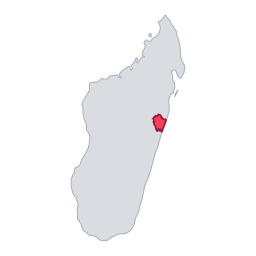 Brickaville, Atsinanana, Madagascar (highlighted)
{"feature_id": "10022922B71585303896889", "entity_name": "Brickaville", "entity_type": "district", "adm_level": 2, "iso_a3": "MDG", "parent_name": "Madagascar", "parent_adm1": "Atsinanana", "projection": "mercator", "projection_center": [48.731, -18.667], "detail": "fine", "context": "in_parent", "style": "filled", "palette": "rose", "viewbox_px": 256, "rotation_deg": 0, "n_neighbors": 0, "source": "geoboundaries", "source_scale": "gbopen_adm2", "svg_char_len": 6092}
<svg xmlns="http://www.w3.org/2000/svg" viewBox="0 0 256 256"><path d="M170.1,21.0L170.8,22.7L171.6,24.4L174.3,28.3L175.4,29.8L176.3,31.4L176.8,34.6L178.5,39.6L180.1,47.1L180.6,54.8L181.0,58.3L182.3,61.7L184.3,65.1L184.9,69.0L183.7,73.0L181.9,76.7L181.5,77.4L180.6,78.4L180.2,78.4L178.8,77.4L177.7,75.8L176.2,72.1L175.6,70.2L175.0,69.9L173.3,70.1L172.0,71.2L171.8,72.0L172.1,74.1L172.6,76.0L172.8,77.9L172.8,80.3L173.3,81.1L174.0,81.7L174.7,83.3L174.8,87.1L174.4,89.0L173.1,90.6L173.2,91.5L173.7,92.5L173.2,93.0L171.6,93.7L171.0,94.4L170.1,96.0L168.7,99.5L168.5,101.2L169.4,106.6L169.1,110.3L167.3,117.6L166.2,121.1L164.8,125.2L162.5,130.6L160.3,137.5L158.4,144.6L157.0,148.8L155.4,153.0L153.2,160.5L151.3,168.1L148.6,176.5L144.8,185.8L144.4,187.1L143.6,191.9L142.7,196.0L141.7,200.2L139.6,207.1L139.3,209.2L138.8,211.2L136.8,215.5L135.9,217.1L135.3,218.9L135.0,221.0L134.4,223.1L132.8,227.0L130.6,230.3L129.1,231.5L125.8,233.3L124.1,233.7L120.4,233.7L116.8,234.7L113.0,236.6L109.4,238.9L108.1,239.9L106.5,240.5L101.8,240.6L100.3,240.2L95.6,236.5L93.7,235.9L90.2,235.4L89.2,235.1L88.2,234.6L86.8,232.7L84.0,231.1L83.3,230.6L82.9,229.5L82.6,228.3L81.9,227.0L81.3,224.5L80.4,222.7L77.8,219.6L77.6,218.6L77.4,215.3L77.4,213.0L77.2,208.9L77.5,207.0L78.4,205.3L78.0,203.4L77.1,201.4L76.7,199.4L76.0,197.6L73.3,194.2L72.6,192.6L72.2,190.9L71.2,185.7L71.1,183.8L71.2,180.0L71.6,178.0L72.2,176.6L72.4,175.6L72.8,174.7L73.5,174.0L73.9,173.1L74.9,168.2L76.2,167.1L78.1,166.5L79.6,165.2L80.5,163.5L81.4,159.9L83.8,156.4L84.6,154.5L86.5,151.7L88.3,147.8L88.8,146.0L89.1,144.1L89.6,139.9L89.9,137.8L89.8,135.8L88.9,133.7L86.5,129.9L86.5,129.2L86.6,126.4L86.4,124.3L85.6,122.3L84.5,120.4L83.4,116.8L82.9,110.9L83.0,108.8L82.7,106.9L81.9,105.1L82.4,102.0L89.4,90.6L89.6,89.3L89.4,85.8L89.5,83.8L89.7,83.1L90.3,82.6L91.5,82.4L97.1,81.9L97.8,81.6L99.2,80.6L101.2,78.8L102.0,78.3L102.8,78.4L103.3,79.2L103.9,79.7L106.2,78.8L107.1,78.8L108.0,78.9L108.4,78.2L108.6,77.1L109.0,76.4L109.6,76.0L112.5,75.8L114.4,75.5L116.8,74.8L117.3,74.9L119.2,77.5L119.8,77.7L120.6,77.8L121.2,77.4L119.7,76.0L119.4,75.2L119.5,74.4L120.4,72.5L121.8,71.1L124.9,68.9L128.2,66.5L129.1,66.3L129.9,66.7L130.6,69.6L130.5,70.1L131.0,70.2L131.6,69.8L132.2,68.6L132.2,67.6L131.7,66.7L131.5,65.9L131.5,65.2L133.2,63.4L134.5,61.8L135.1,59.8L135.6,58.9L137.0,57.9L137.4,58.0L137.7,58.9L137.9,59.7L137.5,60.6L137.0,61.5L136.8,62.6L137.6,62.9L138.3,62.6L139.4,60.5L140.6,58.5L141.3,57.5L142.2,56.8L143.8,56.9L145.2,57.4L142.8,55.3L142.2,52.4L145.1,47.5L145.1,46.5L145.5,46.2L145.7,45.8L144.3,44.1L144.0,43.3L144.2,42.1L144.9,40.9L145.5,40.2L146.4,39.9L147.2,40.3L148.8,41.7L149.8,41.9L151.1,40.6L152.2,38.9L153.8,37.8L155.6,37.1L158.4,34.5L160.2,29.2L160.3,27.6L159.9,25.7L159.3,23.9L158.2,21.7L158.5,21.2L160.0,21.5L160.5,21.2L162.1,19.2L164.8,15.4L165.7,15.4L166.5,16.1L166.8,17.1L167.3,17.9L169.1,19.7L170.1,21.0ZM151.2,36.1L151.2,36.7L149.2,36.5L148.8,34.4L149.8,34.4L150.1,33.5L150.7,33.4L151.3,35.2L151.2,36.1ZM176.3,93.9L174.6,96.9L175.1,94.4L177.1,90.8L177.7,90.5L176.3,93.9Z" fill="#d9dde1" stroke="#a8b0b8" stroke-width="1"/><path d="M166.2,120.0L165.9,119.9L165.8,119.7L165.6,119.6L165.5,119.4L165.4,119.5L165.2,119.5L164.9,119.5L164.7,119.6L164.4,119.5L164.3,119.4L164.2,119.4L163.8,119.2L163.7,119.2L163.3,119.1L163.1,118.9L162.8,118.5L162.7,118.4L162.7,118.2L162.4,118.1L162.2,118.3L161.9,118.5L161.7,118.5L161.7,118.4L161.6,118.1L161.6,117.9L161.5,117.7L161.5,117.4L161.5,117.2L161.3,117.3L161.2,117.3L161.2,117.2L161.3,117.1L161.1,117.0L161.1,116.9L161.1,116.5L160.9,116.3L160.9,116.1L160.7,115.8L160.7,115.6L160.8,115.4L160.7,115.3L160.6,115.2L160.4,115.0L160.3,114.9L160.1,114.8L159.9,114.8L159.6,114.7L159.4,114.8L159.1,114.9L158.9,114.8L159.0,114.6L158.9,114.5L158.6,114.4L158.6,114.5L158.4,114.6L158.3,114.8L158.3,114.7L158.2,114.6L158.1,114.8L158.2,115.0L158.3,115.1L158.2,115.2L158.3,115.3L158.2,115.4L157.8,115.4L157.7,115.5L157.4,115.5L157.4,115.8L157.2,115.9L157.2,116.1L156.9,115.9L156.7,116.0L156.4,116.0L156.3,115.9L156.2,115.9L156.2,116.0L155.9,116.1L155.8,116.3L155.7,116.2L155.7,116.3L155.5,116.2L155.4,116.2L155.1,116.1L154.9,116.1L154.7,116.2L154.6,115.9L154.6,116.0L154.6,116.3L154.4,116.5L154.4,116.8L154.2,117.0L154.3,117.1L154.2,117.1L153.8,117.3L153.7,117.4L153.7,117.5L153.6,117.8L153.6,118.0L153.4,117.9L153.3,118.0L153.3,118.3L153.2,118.4L153.3,118.4L153.2,118.6L153.3,118.8L153.2,118.9L153.3,119.0L153.4,119.3L153.5,119.6L153.6,119.9L153.5,120.0L153.6,120.4L153.7,120.6L153.8,120.8L153.9,121.1L153.7,121.4L153.8,121.4L154.0,121.3L154.1,121.5L153.8,121.7L153.8,121.8L153.7,121.9L153.5,122.3L153.6,122.5L153.6,122.8L153.7,123.0L153.8,123.1L154.0,123.0L154.1,123.3L154.2,123.5L154.1,123.4L154.1,123.6L154.0,123.8L153.9,123.8L153.9,124.0L154.1,124.1L154.4,124.1L154.4,124.3L154.4,124.5L154.5,124.6L154.5,124.8L154.4,125.0L154.4,125.3L154.5,125.4L154.8,125.5L155.1,125.6L155.3,125.8L155.5,125.8L155.6,126.1L155.6,126.3L155.6,126.5L155.6,126.8L155.6,127.1L155.7,127.4L155.6,127.5L155.8,127.6L156.0,128.0L155.9,128.2L156.1,128.3L156.1,128.5L156.1,128.9L156.1,129.0L156.0,129.3L156.0,129.5L156.3,129.7L156.4,129.8L156.6,129.9L156.7,130.4L156.8,130.6L157.0,130.7L157.0,130.8L157.1,131.1L157.3,131.1L157.5,131.0L157.6,130.9L157.8,130.8L158.0,130.7L158.0,130.4L158.0,130.2L157.9,130.1L158.0,130.0L158.0,129.9L157.9,129.7L158.1,129.5L158.1,129.4L158.1,129.2L158.3,129.1L158.5,129.0L158.8,129.3L159.0,129.4L159.0,129.5L159.2,129.8L159.2,129.7L159.4,129.7L159.5,129.8L159.7,129.7L159.9,129.7L160.1,129.4L160.4,129.3L160.5,129.4L160.7,129.5L160.4,129.7L160.4,129.8L160.4,130.0L160.2,130.0L160.2,130.4L160.2,130.5L160.4,130.6L160.5,130.7L160.7,130.8L160.8,130.9L160.9,131.0L161.0,131.0L161.1,130.9L161.1,131.0L161.3,131.0L161.4,131.3L161.2,131.6L161.3,131.8L161.3,131.7L161.5,131.8L161.8,131.8L162.1,130.9L162.4,130.2L162.6,129.5L162.7,129.2L162.8,129.1L163.0,128.6L163.2,128.4L163.5,127.3L163.8,126.7L163.9,126.2L164.2,125.6L164.3,125.3L164.6,124.6L164.7,123.9L164.8,123.8L164.8,123.7L165.0,123.2L165.3,122.4L165.6,121.7L166.0,120.9L166.1,120.4L166.2,120.0Z" fill="#f43f5e" stroke="#9f1239" stroke-width="1.5"/></svg>